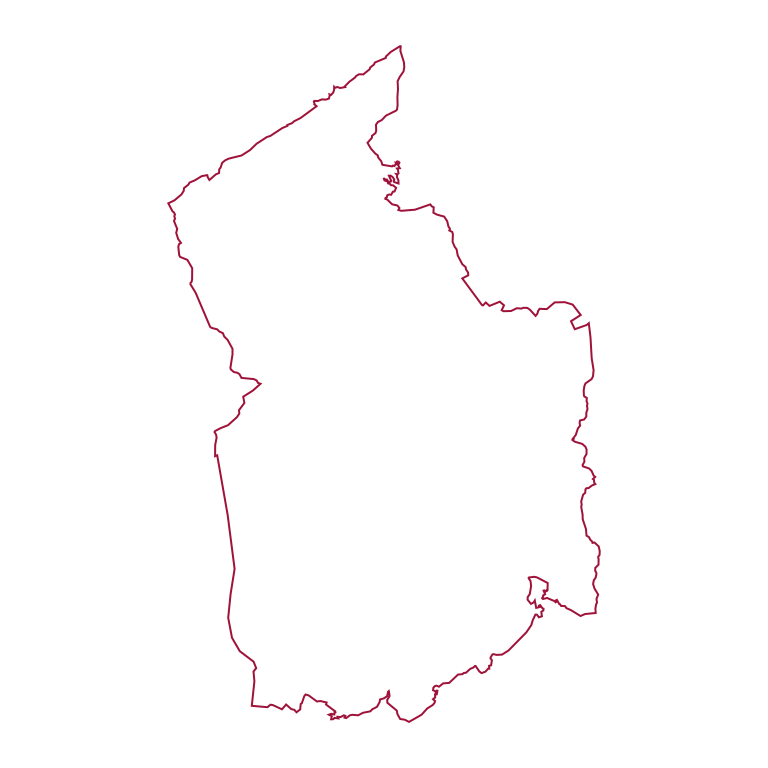 outline of Drajna, Prahova, Romania
{"feature_id": "2599482B74939876983586", "entity_name": "Drajna", "entity_type": "district", "adm_level": 2, "iso_a3": "ROU", "parent_name": "Romania", "parent_adm1": "Prahova", "projection": "orthographic", "projection_center": [26.088, 45.26], "detail": "fine", "context": "isolated", "style": "outline", "palette": "rose", "viewbox_px": 768, "rotation_deg": 0, "n_neighbors": 0, "source": "geoboundaries", "source_scale": "gbopen_adm2", "svg_char_len": 6091}
<svg xmlns="http://www.w3.org/2000/svg" viewBox="0 0 768 768"><path d="M400.2,719.0L404.8,719.7L409.0,721.9L421.6,714.7L427.3,708.4L432.6,705.1L434.3,703.2L435.1,701.1L433.0,699.2L435.2,697.4L435.0,694.4L436.9,693.9L437.4,690.7L436.8,690.6L436.2,691.7L436.2,693.4L435.7,692.8L435.6,691.3L433.1,690.3L433.3,687.9L434.7,686.2L436.6,685.7L439.0,686.7L443.1,683.4L449.2,682.9L458.0,674.6L462.5,674.1L463.9,672.9L465.9,672.8L470.2,668.9L473.4,667.5L475.1,665.9L475.6,666.0L479.3,671.4L481.5,673.1L485.4,671.7L488.3,668.5L489.3,668.6L489.1,665.8L491.1,665.3L491.9,660.3L490.5,658.4L490.6,657.5L492.3,654.6L493.3,654.1L496.5,654.9L502.0,654.6L508.5,650.5L526.4,632.3L531.3,625.1L532.7,620.4L535.4,614.6L536.9,614.6L538.9,617.3L541.9,616.3L541.3,611.9L543.4,610.4L543.5,608.7L542.6,608.4L540.1,605.1L538.9,605.7L539.4,607.1L536.2,607.9L534.8,600.5L533.7,602.4L531.0,603.9L527.6,599.7L527.7,597.1L529.8,594.0L531.1,586.0L530.5,580.9L529.0,578.9L528.6,577.9L528.9,577.5L534.2,576.8L537.0,577.4L547.7,583.0L547.5,590.3L546.9,590.9L546.3,590.4L545.4,591.7L544.2,590.4L543.6,590.6L545.1,594.3L543.1,595.4L543.1,596.7L542.1,598.1L542.9,599.0L547.1,598.0L554.7,601.2L555.5,602.3L556.9,601.6L556.1,600.3L556.9,599.9L559.3,604.1L560.1,604.3L561.0,605.9L565.0,606.1L566.5,608.2L570.9,610.1L580.5,616.0L585.2,614.0L595.7,613.0L595.4,608.7L596.1,604.4L597.0,602.7L596.5,598.8L598.2,594.6L594.5,588.5L593.1,584.1L593.8,580.2L595.6,577.8L596.4,574.1L596.3,572.7L595.2,570.9L595.3,567.9L598.5,564.7L598.6,559.1L598.1,557.0L599.6,554.8L599.7,551.0L598.7,546.4L594.5,542.5L592.5,542.9L592.2,541.6L590.5,540.0L588.8,537.0L586.5,535.6L586.0,529.1L582.7,519.2L582.6,514.7L581.2,506.8L581.7,504.8L581.2,501.5L583.1,494.7L585.2,492.8L585.5,489.3L586.5,488.2L588.5,488.1L592.1,485.4L595.3,484.1L594.2,482.6L594.0,479.9L592.9,479.0L595.2,476.9L593.7,475.7L591.6,471.0L589.3,468.6L582.9,466.3L582.6,464.9L584.4,461.8L584.2,458.0L586.5,454.0L586.6,449.6L585.4,446.7L582.2,443.9L574.8,441.7L572.5,440.0L573.5,439.1L572.8,438.8L575.8,434.9L577.9,428.4L580.1,425.7L579.6,423.0L580.0,420.5L584.1,419.5L586.3,416.6L586.3,412.7L587.5,409.1L587.0,405.7L587.5,403.5L586.6,401.5L586.8,397.9L584.4,396.5L583.9,395.5L583.7,390.5L584.4,386.0L585.5,383.4L591.6,379.1L593.0,376.3L593.6,370.2L591.7,358.3L590.5,337.4L588.8,323.2L586.7,325.0L574.8,329.2L571.0,321.2L580.7,315.0L572.7,304.6L564.9,302.2L554.7,302.4L546.8,309.1L539.6,308.8L538.2,310.8L537.4,313.6L535.6,315.9L529.9,309.7L527.3,307.9L523.2,307.8L521.5,308.6L516.9,308.2L511.0,311.0L503.4,311.2L501.7,310.2L504.0,305.3L499.8,301.7L489.5,305.9L485.8,302.5L483.0,305.4L482.0,305.1L462.3,278.4L468.2,275.3L468.1,272.6L465.9,269.2L465.7,267.2L462.3,264.2L457.7,255.4L456.6,249.4L454.7,246.8L452.6,241.9L452.9,234.2L452.2,231.9L449.3,230.5L450.0,228.9L448.4,226.4L447.2,221.2L444.2,216.6L436.9,214.6L433.4,212.7L433.7,207.3L431.7,206.3L430.3,204.4L415.0,209.7L401.4,210.8L398.4,210.0L399.4,208.0L397.4,205.5L392.1,204.3L387.3,199.6L385.3,198.8L385.5,198.0L386.9,197.1L387.2,195.3L389.2,194.5L391.1,194.8L392.9,191.7L394.5,191.5L396.1,187.8L393.2,185.4L390.8,185.1L389.9,183.8L388.1,183.4L387.7,181.6L384.5,180.4L383.5,178.1L385.3,179.5L386.9,179.5L388.3,181.8L390.8,181.6L391.2,180.8L388.9,175.7L390.5,175.6L392.7,177.1L394.3,179.5L393.7,180.9L394.1,182.0L398.5,183.5L398.4,180.3L396.9,176.9L397.2,175.3L396.3,174.1L397.4,174.3L398.5,173.4L397.9,169.7L397.0,168.5L399.8,168.2L398.1,165.2L399.4,162.7L398.6,161.7L397.2,161.4L396.7,162.1L397.0,163.1L395.7,162.7L396.3,164.4L395.4,164.5L394.4,166.0L392.9,165.6L392.1,166.4L382.4,164.8L381.3,161.3L378.2,157.5L377.7,155.3L375.3,153.6L370.9,148.6L367.5,142.8L371.9,137.8L372.0,135.8L375.5,133.1L376.2,130.6L376.0,124.7L377.9,122.0L381.7,120.1L386.0,115.6L396.1,110.6L397.0,109.5L397.6,105.2L397.4,97.0L398.0,89.0L397.6,81.2L399.8,76.8L403.5,71.5L404.3,67.3L403.9,62.2L400.4,51.0L400.7,46.3L400.2,46.1L390.8,51.9L385.9,56.5L385.8,57.9L374.9,62.5L373.9,64.6L370.1,67.6L369.7,69.2L363.4,74.3L358.9,74.3L355.9,76.2L355.1,77.5L349.4,81.7L344.8,86.4L345.2,87.1L340.1,88.0L337.4,87.0L335.2,87.8L334.2,86.8L334.1,89.9L333.2,92.6L331.0,95.0L329.5,94.4L329.7,95.4L328.9,98.6L325.8,99.6L321.8,99.4L318.0,101.0L314.3,100.9L313.8,101.8L314.5,103.3L314.3,104.3L316.6,106.2L300.6,118.0L294.2,121.2L292.1,123.1L287.3,125.0L287.4,125.9L282.4,128.0L270.2,136.0L266.9,137.0L256.5,143.8L250.1,150.0L241.5,155.5L228.8,158.6L225.2,160.3L222.2,162.8L220.6,167.5L219.2,169.4L219.1,173.0L215.8,174.4L209.4,180.0L207.7,177.1L207.3,175.2L206.1,175.3L201.6,176.2L194.9,180.3L189.5,182.6L188.4,184.6L184.0,188.1L183.7,190.9L181.5,194.4L174.4,200.4L168.3,203.3L172.5,211.3L173.9,212.4L175.0,214.4L174.3,216.1L175.0,218.7L174.0,221.0L177.2,228.9L176.2,232.8L178.1,239.0L181.0,242.9L179.0,244.2L178.3,246.8L179.2,255.1L180.1,256.9L187.4,259.9L192.2,268.2L192.1,279.2L191.7,281.6L190.6,282.8L190.4,284.2L195.7,292.9L210.1,326.8L211.6,327.9L217.1,329.3L219.3,331.5L222.9,333.2L224.2,336.5L227.6,339.9L232.5,348.8L232.5,354.5L230.4,367.8L230.8,369.4L233.8,372.0L237.4,372.8L239.4,374.1L241.5,377.9L253.9,379.1L256.7,380.5L257.9,382.8L260.5,383.8L252.7,390.7L243.2,396.7L244.4,402.9L239.0,410.2L239.3,413.6L236.9,417.2L228.0,425.2L220.5,428.2L215.1,431.0L214.5,432.0L216.1,434.7L216.6,437.6L215.2,444.9L215.1,456.2L217.2,455.3L227.7,515.2L234.6,568.9L230.6,594.0L228.2,617.8L232.0,637.8L239.8,651.2L253.6,661.7L256.2,668.2L253.5,671.5L254.4,681.2L251.8,705.8L267.4,707.2L270.5,704.7L272.9,705.1L282.0,709.3L286.1,704.5L291.3,709.1L294.3,709.8L296.5,712.3L300.2,709.4L300.7,704.0L301.9,703.1L304.3,696.1L305.6,694.5L308.6,695.4L317.0,701.5L320.3,701.0L326.6,702.5L326.0,704.5L335.0,711.2L334.6,711.5L335.3,712.5L334.4,713.0L334.3,714.5L331.2,713.8L328.9,714.7L331.8,716.2L331.1,719.3L333.2,719.2L334.5,717.9L338.3,718.4L337.6,716.8L340.7,717.0L343.8,715.3L345.3,715.9L344.5,717.6L346.1,718.1L350.0,715.3L352.5,714.8L358.2,715.3L362.9,712.8L370.4,711.3L372.1,709.4L377.0,706.8L379.6,702.1L380.0,699.5L384.0,698.3L387.1,696.2L388.1,691.7L388.8,691.1L389.6,696.0L387.2,699.9L387.4,702.8L396.8,710.6L397.4,714.1L400.2,719.0Z" fill="none" stroke="#9f1239" stroke-width="2"/></svg>